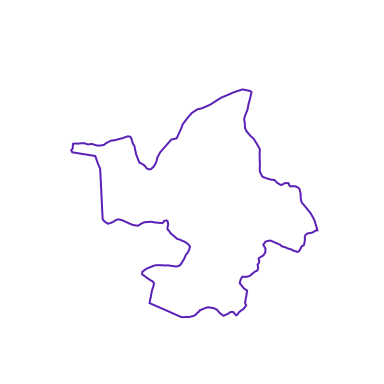 Akoko-Edo, Edo, Nigeria (orthographic projection), rotated 213°
{"feature_id": "59680162B54275853767873", "entity_name": "Akoko-Edo", "entity_type": "district", "adm_level": 2, "iso_a3": "NGA", "parent_name": "Nigeria", "parent_adm1": "Edo", "projection": "orthographic", "projection_center": [6.117, 7.352], "detail": "fine", "context": "isolated", "style": "outline", "palette": "violet", "viewbox_px": 384, "rotation_deg": 213, "n_neighbors": 0, "source": "geoboundaries", "source_scale": "gbopen_adm2", "svg_char_len": 4285}
<svg xmlns="http://www.w3.org/2000/svg" viewBox="0 0 384 384"><g transform="rotate(213 192 192)"><path d="M233.5,262.1L235.2,258.1L236.0,252.7L236.7,243.8L235.8,240.2L234.1,228.6L237.9,224.7L240.3,208.2L239.9,202.7L239.8,201.9L238.5,198.4L238.0,195.2L238.0,192.1L238.9,188.9L240.2,187.6L241.9,187.3L242.8,187.1L245.0,188.0L247.2,188.4L249.8,188.4L252.0,187.9L256.4,191.0L259.4,193.2L261.6,195.4L264.3,198.1L265.6,199.4L267.8,200.3L270.4,202.5L272.1,203.9L273.9,204.7L276.1,203.8L277.8,201.6L278.7,200.6L279.6,199.3L282.6,196.1L285.2,193.0L287.4,191.6L289.1,188.9L290.9,185.7L291.3,183.9L293.5,181.6L294.8,180.7L296.5,179.4L298.3,178.9L299.6,178.4L301.8,178.0L303.5,176.6L305.2,175.2L308.7,174.3L310.9,172.9L312.7,171.6L313.5,170.7L316.1,169.3L318.0,167.5L315.8,163.6L316.0,161.2L314.0,160.1L292.7,169.5L291.3,168.4L286.4,164.6L283.9,162.9L281.7,161.5L252.1,120.5L250.4,119.9L248.5,119.6L245.2,119.6L243.0,122.2L242.1,123.6L241.3,125.3L240.7,126.7L239.9,127.9L238.8,129.0L236.8,129.8L234.6,130.4L232.9,130.6L231.5,130.9L227.7,131.4L224.3,132.0L222.1,132.8L219.1,134.2L218.3,135.5L217.4,137.6L216.2,139.6L215.5,140.6L210.4,144.6L208.3,145.5L206.5,146.3L202.8,148.2L201.2,149.1L200.3,149.6L199.8,149.9L199.5,151.3L199.5,152.7L197.8,154.4L196.4,154.1L194.5,152.1L193.7,150.4L193.2,148.7L192.1,147.3L190.1,147.0L189.5,146.7L189.1,146.5L188.6,146.2L186.7,145.6L184.2,145.3L182.3,145.1L180.8,144.9L178.6,144.6L176.3,145.5L173.8,145.7L171.3,146.3L170.2,146.3L167.9,146.2L166.9,146.2L163.9,145.1L163.1,142.6L162.8,140.9L162.6,138.7L162.9,135.8L162.1,131.5L162.2,129.2L161.9,127.8L162.2,125.8L161.9,124.7L162.8,123.0L163.9,121.6L165.0,120.7L166.7,119.9L168.6,119.1L170.3,118.2L171.7,117.7L173.1,116.8L175.0,115.4L176.2,114.9L178.4,113.5L180.3,112.4L182.3,111.0L184.0,109.3L184.8,107.9L186.0,106.4L187.9,103.6L189.0,101.5L189.6,99.6L190.0,98.6L190.2,98.2L189.6,96.6L188.8,95.7L187.2,95.7L184.7,95.7L183.6,95.4L181.9,95.4L180.3,95.4L178.6,95.4L176.4,95.6L174.1,94.8L173.4,92.8L172.6,90.5L172.3,88.8L171.8,87.4L170.3,83.5L169.4,81.7L168.8,79.7L167.0,75.7L157.3,77.3L143.3,79.6L133.1,81.2L130.7,82.5L129.3,83.9L127.0,85.0L125.6,86.4L123.7,88.4L122.5,90.1L122.0,91.5L121.7,93.8L120.8,96.0L121.1,97.1L119.9,98.6L118.0,101.4L116.0,103.9L114.8,104.5L111.7,105.9L110.7,106.4L107.1,106.9L104.6,106.1L103.5,105.8L101.3,105.5L99.7,105.5L98.0,105.4L96.9,107.4L95.8,108.8L95.2,110.2L94.9,111.1L94.1,112.5L92.9,113.3L91.8,113.9L90.5,113.3L87.7,112.7L87.1,114.4L87.1,116.7L86.2,119.5L85.1,122.0L84.8,126.3L87.2,128.0L88.0,130.0L88.8,131.7L89.4,133.4L92.1,139.4L93.4,139.4L94.3,139.4L95.9,139.4L97.9,140.0L99.5,140.6L102.3,141.5L103.3,144.3L103.6,145.4L103.6,147.1L103.6,148.5L102.4,149.1L100.8,149.9L99.9,150.8L98.8,151.9L98.0,153.0L97.4,154.4L97.1,155.9L96.5,157.5L96.0,159.2L94.5,161.5L94.8,163.5L95.3,164.6L96.0,165.3L97.5,166.9L97.2,168.3L98.0,170.9L99.4,171.7L99.9,172.9L99.4,174.0L98.8,175.4L98.1,176.7L97.7,177.4L97.6,179.4L97.6,180.8L98.2,182.2L99.2,184.2L100.6,185.1L103.4,186.5L103.6,187.6L103.3,189.0L103.3,190.5L100.5,193.5L99.4,194.1L97.7,194.4L96.1,194.6L94.7,194.9L92.7,195.2L89.3,195.8L88.0,195.4L85.8,195.7L83.3,196.5L81.1,196.8L79.4,197.3L77.5,197.9L74.7,198.1L72.8,198.7L70.8,199.2L70.0,200.9L70.2,204.6L70.5,205.8L69.9,207.2L69.3,208.3L69.6,209.7L70.1,210.8L70.9,212.6L71.8,214.3L72.6,215.1L73.1,216.3L73.4,217.7L73.1,219.1L72.0,220.8L71.1,221.5L69.7,222.7L68.3,224.7L67.5,226.7L66.0,228.1L68.6,230.5L71.2,232.7L73.8,234.9L76.9,236.7L81.3,238.9L85.2,240.2L91.6,242.2L94.0,242.8L96.2,244.6L98.4,247.3L100.1,249.9L103.6,253.1L105.8,253.5L108.4,253.0L111.0,251.6L112.3,250.3L114.5,250.7L115.4,251.6L115.8,252.0L118.9,250.2L120.2,247.5L121.5,246.2L125.9,246.1L129.4,247.0L132.0,245.6L136.4,244.2L140.3,243.3L141.6,243.3L143.8,244.6L146.0,245.9L148.6,249.5L149.5,251.3L150.8,253.1L151.5,254.0L152.6,255.7L153.0,256.3L154.8,258.9L156.5,261.5L158.3,264.7L160.5,266.0L164.9,268.2L169.7,270.4L173.2,270.8L176.2,271.7L178.8,272.5L181.5,273.9L182.0,274.3L183.2,275.6L185.0,278.3L187.6,281.0L188.9,284.1L189.4,286.8L189.8,288.6L190.3,291.3L191.2,293.5L192.5,296.6L193.8,300.7L194.7,303.4L196.6,308.3L198.6,308.3L205.6,305.5L211.7,297.8L212.9,295.9L214.3,293.7L218.7,287.4L220.4,283.8L224.3,275.2L227.8,269.8L230.0,266.7L232.2,264.8L233.5,262.1Z" fill="none" stroke="#5b21b6" stroke-width="2"/></g></svg>